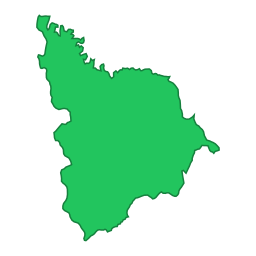 outline of São Jerônimo da Serra, Paraná, Brazil
{"feature_id": "56859067B6794406070679", "entity_name": "São Jerônimo da Serra", "entity_type": "district", "adm_level": 2, "iso_a3": "BRA", "parent_name": "Brazil", "parent_adm1": "Paraná", "projection": "equal_earth", "projection_center": [-50.795, -23.707], "detail": "fine", "context": "isolated", "style": "filled", "palette": "green", "viewbox_px": 256, "rotation_deg": 0, "n_neighbors": 0, "source": "geoboundaries", "source_scale": "gbopen_adm2", "svg_char_len": 4412}
<svg xmlns="http://www.w3.org/2000/svg" viewBox="0 0 256 256"><path d="M39.3,15.4L38.2,17.0L37.5,20.4L37.0,24.0L36.9,27.3L39.1,30.1L40.5,30.7L42.4,31.8L44.1,35.9L46.1,39.0L47.1,41.9L46.4,45.0L45.8,47.9L45.3,51.0L44.9,54.0L44.0,55.4L42.3,56.2L39.8,55.1L38.5,54.9L37.8,57.0L38.9,58.7L39.5,61.0L39.6,64.0L40.0,65.8L40.6,68.0L41.9,68.4L44.2,67.6L46.3,68.8L46.8,70.8L46.3,73.2L46.4,77.6L47.0,79.2L49.5,81.8L50.1,84.5L50.8,86.1L51.0,88.8L50.6,91.6L50.6,93.4L50.9,95.1L52.2,97.5L51.7,99.3L51.5,101.7L52.7,103.7L54.1,106.4L55.9,108.1L58.9,109.5L62.5,108.6L64.3,108.4L67.1,109.0L68.6,110.7L70.2,112.2L70.2,114.7L70.7,116.9L71.0,121.0L69.1,122.1L67.4,122.6L66.3,124.0L65.0,124.4L62.0,123.8L59.5,126.6L55.6,131.3L54.0,132.6L54.3,135.3L54.5,137.7L55.6,140.5L58.0,140.6L59.6,142.4L60.2,145.0L62.5,147.5L63.4,149.6L63.5,151.7L63.7,153.8L64.9,155.7L66.8,156.8L68.8,157.9L69.8,159.4L70.9,161.6L71.6,164.6L70.2,165.4L68.7,166.0L67.2,166.6L65.8,167.2L64.2,168.8L61.7,169.9L60.7,172.8L61.3,175.8L61.6,178.6L61.5,181.2L63.0,183.1L64.9,184.5L66.8,186.8L67.4,189.2L67.5,194.4L67.0,198.0L65.9,200.5L64.8,201.9L63.6,203.5L62.9,206.0L62.9,208.7L64.5,210.5L67.8,212.2L69.0,213.0L69.7,214.6L70.1,216.8L71.9,220.1L74.1,221.8L76.5,222.5L78.3,223.2L80.2,225.4L81.2,227.6L82.4,229.3L84.3,231.7L84.9,233.4L84.9,235.5L83.9,238.5L84.5,240.3L85.9,240.6L87.2,239.5L88.7,238.2L89.9,236.9L91.0,235.8L92.7,235.0L94.3,233.8L95.8,231.9L97.5,230.2L99.3,229.7L101.3,230.0L103.7,230.0L105.0,229.3L106.3,229.9L107.5,231.9L109.4,231.1L111.3,230.4L111.8,228.6L113.4,227.4L115.4,226.6L117.2,226.5L118.0,224.4L120.4,223.8L120.8,222.2L122.2,221.8L123.3,219.8L125.0,219.3L126.1,217.4L128.4,216.8L127.4,215.2L126.9,213.0L127.2,210.4L128.2,208.7L129.4,206.9L130.3,204.7L131.9,203.3L132.7,201.3L134.2,199.7L135.5,198.1L137.7,197.7L139.5,197.0L141.4,196.2L144.3,195.2L147.7,195.1L149.7,196.6L151.1,197.4L152.7,198.9L154.5,198.4L155.9,197.4L157.2,195.8L158.5,194.2L159.7,193.0L161.4,191.9L163.0,193.2L165.4,193.3L167.0,192.8L168.8,192.9L170.8,194.2L172.5,195.4L174.5,196.2L176.0,196.3L177.5,195.1L178.5,193.6L179.0,190.6L180.2,188.6L181.3,187.3L182.5,185.4L183.9,183.1L183.4,180.1L182.8,176.9L182.3,173.5L181.9,171.1L183.4,170.4L184.7,171.8L186.0,173.2L187.6,169.8L188.3,168.3L189.3,166.3L190.6,162.9L192.2,160.4L192.2,158.4L193.2,155.3L194.4,152.9L194.7,150.4L196.1,150.0L197.5,149.3L199.5,148.9L200.7,147.3L202.0,145.4L204.4,145.6L205.7,145.6L207.9,145.7L209.8,150.4L211.1,151.7L212.5,151.9L213.8,153.3L215.1,151.4L217.6,150.7L219.1,150.1L219.0,147.8L217.2,145.7L215.4,143.9L213.1,142.5L211.3,141.8L209.8,141.0L208.3,140.6L206.6,139.9L205.7,138.1L204.4,135.7L203.5,131.6L202.3,129.6L200.1,127.7L198.9,126.1L196.3,124.6L194.9,121.8L193.8,118.9L194.2,115.0L192.6,116.9L189.2,119.1L186.5,119.2L184.1,118.3L182.4,116.9L182.4,114.2L181.6,110.5L180.5,108.6L180.3,103.8L180.0,100.4L178.8,97.5L178.3,95.3L178.3,93.0L178.0,89.5L176.7,87.5L175.0,85.2L173.1,83.2L170.6,81.9L169.1,81.4L167.9,79.6L168.9,78.4L169.7,76.6L168.2,76.8L166.2,76.5L164.2,76.4L162.2,75.8L160.6,75.4L159.2,74.9L157.8,75.1L156.5,73.8L155.2,73.5L153.4,74.2L151.9,73.3L151.3,70.6L149.4,69.0L146.9,69.1L145.0,69.2L143.2,69.9L141.9,70.7L140.6,70.6L139.4,68.7L137.7,69.6L135.7,70.0L134.2,69.2L133.0,68.0L131.1,68.2L129.6,69.5L127.6,68.2L125.3,68.6L122.8,68.1L122.1,69.9L120.2,69.9L118.8,71.2L117.7,72.7L115.9,70.9L113.6,72.7L113.6,74.7L113.7,76.8L111.6,78.4L109.7,76.2L108.8,73.4L107.6,71.8L105.5,71.4L104.2,70.2L103.6,67.8L104.0,65.8L103.5,64.1L101.7,64.6L100.1,66.4L100.4,68.3L101.0,70.8L99.0,70.3L97.0,69.8L95.4,68.1L93.3,67.9L93.9,64.0L93.9,61.4L94.3,59.6L92.5,60.5L90.8,58.8L90.3,61.3L89.6,62.8L88.3,63.4L86.8,63.1L85.1,63.9L84.2,62.5L83.5,59.3L85.5,59.8L87.3,56.4L86.1,53.6L84.1,54.2L82.4,54.9L80.6,55.6L79.5,53.6L82.6,51.0L83.2,47.7L81.2,45.9L79.5,47.3L78.5,44.9L75.9,45.7L76.8,42.8L78.5,41.8L80.5,43.1L82.1,43.4L83.5,42.6L84.1,40.6L83.6,37.5L82.1,38.3L80.5,40.0L79.4,39.0L77.9,38.5L75.1,38.5L72.0,38.5L73.9,35.8L72.9,34.5L71.0,34.1L72.1,32.5L73.3,32.1L73.3,30.2L71.9,30.0L70.3,29.3L68.5,29.4L66.8,31.8L64.2,31.0L63.3,26.9L62.2,25.5L60.8,25.8L60.4,28.4L60.0,31.1L60.2,33.1L60.2,35.9L58.8,35.6L57.4,33.0L56.2,32.1L54.4,32.1L55.0,29.7L55.5,27.1L57.9,27.1L57.9,25.3L56.6,24.4L55.2,24.2L54.0,23.5L52.1,22.9L50.3,24.5L49.2,28.5L47.9,29.9L46.8,28.0L46.8,25.8L47.7,23.2L48.9,20.0L49.8,16.3L47.7,16.3L46.3,16.1L44.9,16.1L42.0,16.5L40.6,16.4L39.3,15.4Z" fill="#22c55e" stroke="#15803d" stroke-width="1.5"/></svg>